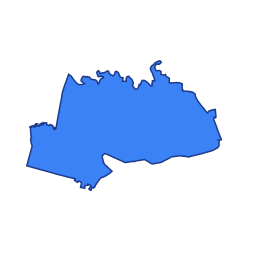 Morunglav, Olt, Romania, rotated 113°
{"feature_id": "2599482B55157415904148", "entity_name": "Morunglav", "entity_type": "district", "adm_level": 2, "iso_a3": "ROU", "parent_name": "Romania", "parent_adm1": "Olt", "projection": "mercator", "projection_center": [24.132, 44.471], "detail": "fine", "context": "isolated", "style": "filled", "palette": "blue", "viewbox_px": 256, "rotation_deg": 113, "n_neighbors": 0, "source": "geoboundaries", "source_scale": "gbopen_adm2", "svg_char_len": 5781}
<svg xmlns="http://www.w3.org/2000/svg" viewBox="0 0 256 256"><g transform="rotate(113 128 128)"><path d="M202.4,206.4L199.1,182.1L198.1,173.9L195.4,156.6L197.1,156.8L197.7,154.0L197.8,153.3L197.7,153.1L197.0,153.1L196.1,152.5L196.0,151.5L196.5,149.8L196.6,149.6L196.9,149.3L201.2,148.5L200.4,144.3L198.0,145.1L197.5,144.7L196.4,142.5L195.3,142.9L195.3,140.0L195.5,139.5L197.3,139.9L199.5,140.1L199.9,139.1L199.9,137.9L198.9,137.8L196.9,137.8L196.7,136.2L195.4,136.0L195.4,135.6L193.2,135.7L191.9,135.2L191.6,135.3L190.5,135.0L186.5,134.2L185.9,133.9L185.5,133.8L185.1,133.6L184.8,133.6L184.0,133.2L183.6,132.4L183.0,131.8L180.3,129.4L178.2,128.1L176.6,126.9L175.3,126.5L174.9,126.3L174.5,126.2L174.3,125.9L174.0,125.8L173.1,128.6L170.1,136.4L169.5,136.7L169.3,136.7L169.1,137.1L168.8,137.4L164.2,140.8L162.3,140.3L160.4,139.3L160.9,116.9L157.7,112.0L156.6,109.8L156.4,108.8L155.8,108.5L154.7,107.1L153.5,104.9L152.7,103.8L152.4,103.1L152.2,102.9L151.9,102.9L151.7,102.7L151.4,102.1L151.5,101.8L150.6,100.5L150.6,100.3L151.0,96.5L151.5,94.3L151.5,93.2L151.7,92.2L151.4,91.2L147.4,85.1L146.3,83.7L145.3,82.8L144.5,82.3L141.0,79.3L137.4,76.5L136.4,74.8L136.5,74.8L135.3,72.7L133.9,70.7L133.4,69.4L131.2,62.3L131.2,61.7L131.2,61.3L131.2,61.2L130.9,60.9L130.7,60.5L129.7,59.4L129.3,58.9L129.2,58.5L129.0,58.4L123.6,51.2L123.0,50.5L122.8,49.9L121.8,48.9L120.7,47.6L116.3,42.0L114.1,40.0L112.0,38.6L111.9,38.2L111.6,38.1L111.0,37.7L110.1,37.7L109.2,37.3L108.9,37.2L105.5,38.6L103.7,39.3L103.7,39.7L102.3,37.4L94.9,44.7L93.1,46.2L86.6,52.5L85.1,52.9L84.3,52.9L84.3,52.7L84.4,51.4L83.3,51.4L76.8,54.9L77.4,55.9L77.8,56.2L77.8,56.7L77.9,56.9L78.5,57.1L78.8,57.9L79.1,58.4L79.4,58.6L79.6,58.9L80.6,59.9L81.4,60.4L83.1,60.6L82.6,62.2L81.9,63.5L81.2,64.3L80.8,65.3L80.2,66.4L79.8,67.4L79.2,68.4L78.2,70.3L75.1,75.4L72.7,78.1L71.3,79.1L70.7,79.4L70.3,79.9L70.2,80.4L69.9,82.4L69.9,82.7L69.8,83.4L70.0,83.9L70.6,84.8L70.5,85.0L70.3,85.4L70.6,86.7L71.2,88.1L71.7,89.9L72.4,91.6L72.6,92.1L72.5,92.6L71.9,92.4L71.5,92.4L70.7,93.4L69.4,94.1L66.2,95.3L66.2,95.7L66.2,97.9L66.6,99.4L67.8,102.3L68.7,103.8L69.6,105.8L70.3,107.7L66.0,109.4L65.8,110.6L65.8,112.0L65.6,112.8L65.3,113.3L64.9,113.6L64.4,114.1L64.6,114.1L64.8,114.3L64.8,114.7L65.1,115.9L65.6,116.9L65.8,117.6L65.6,118.9L63.4,119.4L63.1,119.9L62.8,120.8L62.9,121.6L63.1,122.2L63.4,122.8L63.9,123.5L64.2,124.7L62.5,126.4L61.6,127.0L61.2,127.2L59.7,127.2L58.8,127.1L57.8,126.2L57.3,124.4L56.6,123.8L56.1,123.6L55.3,123.4L54.6,123.0L53.6,124.7L53.7,125.1L56.0,127.5L57.8,128.6L59.7,129.3L61.8,130.5L63.5,130.7L64.5,130.6L65.1,130.3L66.0,129.5L68.3,126.6L69.8,125.4L71.4,123.8L72.5,122.9L74.1,121.7L75.0,124.0L78.0,122.8L77.9,123.2L80.1,122.4L80.2,123.9L78.7,127.3L78.2,128.8L77.8,131.3L78.6,133.5L80.3,133.7L83.4,133.5L83.4,134.7L85.1,134.6L86.0,134.4L87.3,134.4L87.9,134.5L88.8,135.2L89.2,136.2L89.2,136.7L89.1,137.0L88.8,137.8L87.9,139.2L87.3,140.5L87.0,140.7L86.0,140.4L84.5,140.7L84.0,141.0L81.8,143.4L80.6,146.8L80.0,147.5L80.7,148.3L81.0,148.8L81.4,149.0L82.0,149.2L84.6,148.6L85.1,148.3L85.7,147.8L86.1,148.7L86.7,150.4L87.1,151.3L83.7,152.1L84.3,155.0L83.4,155.7L83.1,156.5L82.7,156.8L81.0,158.2L80.8,158.8L80.5,159.2L80.5,161.1L80.9,161.6L84.1,161.5L85.4,161.9L85.6,162.0L85.8,162.4L85.9,162.6L85.7,163.3L85.7,164.4L85.6,164.8L85.5,165.5L85.2,166.1L85.0,166.7L83.7,167.6L83.3,168.9L84.5,170.1L85.0,170.3L86.2,171.3L87.1,172.7L87.5,173.5L88.8,174.6L88.9,174.8L88.6,175.2L88.2,175.6L87.7,175.8L87.1,176.6L86.9,177.3L86.9,177.5L87.0,177.9L87.3,178.1L88.3,178.4L89.2,178.4L92.0,176.0L92.1,175.7L92.2,175.4L92.0,174.3L91.0,173.3L90.8,173.0L90.7,172.4L90.5,170.7L91.3,170.3L91.6,170.5L92.2,171.3L92.8,171.8L95.1,172.5L98.3,172.4L99.0,172.2L99.1,172.9L97.1,174.8L96.5,176.7L97.5,181.0L96.8,182.5L96.1,183.6L97.0,184.9L96.6,185.7L97.2,186.1L97.3,186.4L97.6,187.6L97.5,187.9L97.6,188.7L98.2,189.5L99.7,189.9L101.4,190.0L102.0,189.7L102.8,189.7L103.1,189.5L103.3,188.8L103.5,187.8L104.1,185.5L105.7,186.8L107.1,189.7L107.2,191.2L106.5,193.5L103.9,198.3L102.5,200.4L101.7,203.6L114.6,202.9L119.7,202.4L122.1,202.0L127.3,200.7L137.2,198.6L155.1,194.5L156.7,194.1L157.2,194.2L157.4,194.7L157.8,194.7L157.9,195.5L157.5,195.7L157.0,195.7L156.9,195.7L156.9,195.9L157.0,196.1L157.5,196.2L157.6,196.3L157.1,196.5L156.6,196.0L156.6,195.7L156.3,195.8L156.2,196.0L156.6,196.8L155.7,197.9L155.7,198.4L155.2,198.5L155.2,199.0L155.6,199.3L155.6,199.5L155.2,199.9L155.5,200.3L155.3,201.0L155.8,201.0L156.1,201.4L156.4,201.4L156.5,201.6L156.4,202.2L156.8,203.1L156.8,203.4L156.8,203.8L155.9,204.7L155.2,204.7L155.2,204.8L155.4,204.9L155.4,205.3L155.7,205.4L155.7,205.8L156.1,206.1L156.0,206.3L155.6,206.5L155.8,206.9L155.9,207.4L156.0,207.6L157.2,208.0L157.3,208.0L157.5,207.4L158.0,207.3L158.0,207.6L157.9,207.9L157.9,208.0L158.1,208.3L158.5,208.4L158.6,208.6L157.4,209.2L157.9,209.3L159.1,208.9L159.3,208.9L159.3,209.1L159.3,209.7L158.5,210.2L158.9,210.5L159.5,210.3L159.7,210.7L160.4,210.5L160.7,210.8L161.0,210.7L161.3,211.9L160.9,212.3L161.0,212.7L160.8,212.9L160.0,212.7L159.6,212.7L159.8,213.1L160.3,213.3L160.3,213.5L159.9,213.8L159.8,214.0L160.0,214.4L160.7,214.7L161.0,214.2L160.8,213.8L161.0,213.5L161.4,213.5L161.5,213.7L161.6,214.2L162.1,214.3L162.4,214.2L162.5,213.7L162.7,214.0L163.0,213.9L163.1,214.1L162.9,214.5L163.0,214.6L163.5,214.4L163.6,214.7L163.5,215.1L163.1,215.3L163.7,215.4L163.7,215.6L163.2,216.1L163.1,216.3L163.1,216.5L163.5,216.9L163.9,217.6L164.1,217.7L164.4,217.6L164.7,217.8L165.0,217.8L165.1,217.5L164.9,217.2L165.0,217.1L165.4,217.7L165.2,218.3L165.2,218.7L165.3,218.8L165.5,218.8L165.7,218.5L165.8,217.9L168.5,216.7L170.6,215.5L172.9,214.4L174.6,213.4L174.6,213.1L174.9,213.3L176.5,213.2L177.3,212.9L178.6,211.8L179.6,211.3L181.6,209.6L182.5,209.1L202.4,206.4Z" fill="#3b82f6" stroke="#1e3a8a" stroke-width="1.5"/></g></svg>